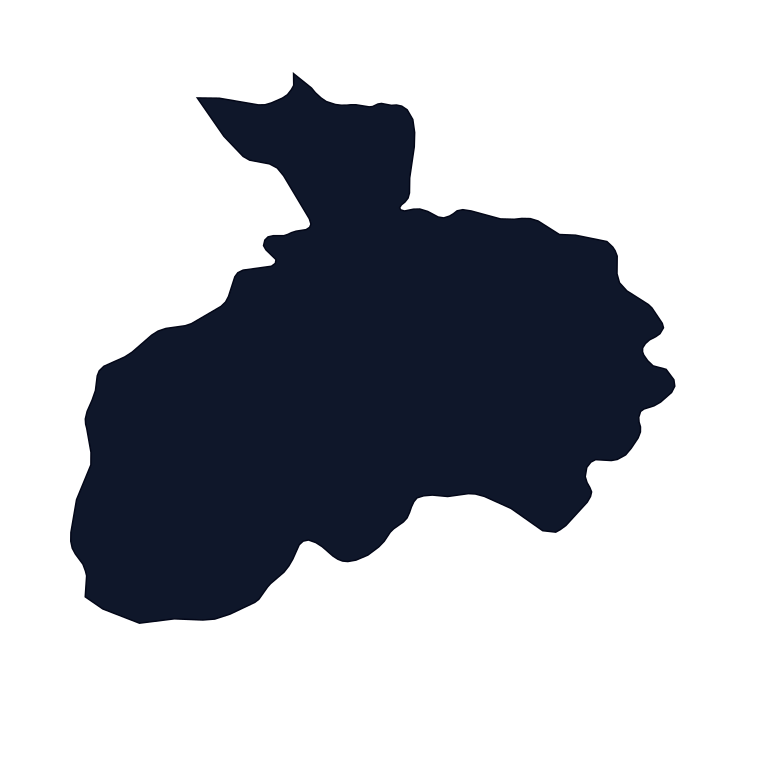 SVG path tracing the border of Mures, rotated 192°
{"feature_id": "ROU-299", "entity_name": "Mures", "entity_type": "County", "adm_level": 1, "iso_a3": "ROU", "parent_name": "Romania", "parent_adm1": "", "projection": "natural_earth1", "projection_center": [24.648, 46.583], "detail": "fine", "context": "isolated", "style": "filled", "palette": "ink", "viewbox_px": 768, "rotation_deg": 192, "n_neighbors": 0, "source": "natural_earth", "source_scale": "10m", "svg_char_len": 2593}
<svg xmlns="http://www.w3.org/2000/svg" viewBox="0 0 768 768"><g transform="rotate(192 384 384)"><path d="M111.1,457.0L101.3,448.4L99.1,442.3L100.9,435.6L109.6,423.9L115.3,418.8L124.5,413.6L127.3,410.5L127.9,404.4L126.6,399.8L124.2,395.4L123.2,390.4L124.2,384.1L128.8,372.6L132.9,364.9L140.1,358.7L145.7,356.4L161.3,354.0L165.4,350.6L168.3,344.6L167.9,335.2L164.9,329.8L161.1,325.5L158.5,321.6L158.6,316.9L160.6,310.7L176.6,283.5L181.3,278.2L185.2,274.8L198.3,273.5L233.9,288.7L262.4,294.9L271.8,295.4L278.7,294.3L298.3,287.2L313.6,285.4L321.9,282.9L328.0,279.5L330.3,275.1L331.6,269.5L332.3,263.7L333.6,257.8L336.3,253.2L344.5,244.3L347.1,240.3L351.1,230.2L355.3,223.5L364.2,213.3L374.8,205.9L382.5,202.8L387.8,202.2L392.7,203.0L398.0,205.0L410.6,212.0L417.7,214.7L425.4,215.7L430.4,213.5L433.5,209.1L436.8,193.7L439.3,186.1L442.7,179.2L453.5,165.1L455.7,161.2L461.6,147.5L464.9,143.6L486.6,127.0L500.6,118.9L512.1,115.5L540.3,110.7L573.5,99.2L612.3,105.5L632.0,113.7L635.0,134.6L637.2,139.1L641.0,145.1L650.6,153.6L654.8,158.6L657.7,165.1L659.4,173.8L660.7,207.0L653.9,244.0L656.4,256.2L665.6,278.9L667.5,282.7L668.9,287.7L668.7,295.5L666.2,307.4L664.9,317.6L666.2,332.4L665.3,337.7L661.7,343.1L643.2,356.6L637.0,362.8L621.4,383.5L616.0,388.8L608.9,393.0L590.5,399.7L584.9,403.0L559.5,426.1L556.0,431.3L554.3,437.3L552.2,457.9L550.1,462.5L545.5,466.1L518.6,475.8L515.4,479.4L515.5,483.2L527.4,490.7L530.6,494.3L530.5,500.0L528.0,503.8L523.0,506.1L512.7,508.3L509.1,510.4L506.0,512.8L501.8,515.2L492.3,518.8L489.3,521.8L488.7,525.2L491.4,530.1L525.5,566.8L533.4,573.1L541.8,575.5L561.9,575.0L569.1,577.3L592.1,593.0L626.1,625.0L604.5,629.3L564.8,630.9L558.4,632.4L552.5,635.6L542.9,642.5L538.6,646.9L535.8,652.7L534.4,657.3L537.0,668.8L516.4,658.4L511.8,654.7L505.0,650.7L499.2,648.3L489.6,647.3L483.8,647.8L478.1,649.1L474.4,650.3L469.6,651.3L456.1,652.0L452.9,653.0L448.2,656.6L444.8,657.9L434.7,658.1L429.8,659.5L424.4,659.5L418.3,657.0L410.8,648.7L406.3,636.4L403.7,622.3L401.7,590.9L398.8,576.2L399.1,570.9L401.3,566.4L404.3,562.7L405.4,559.5L403.8,557.8L399.9,557.5L391.6,561.1L385.3,562.6L377.1,561.9L365.7,558.6L360.1,558.9L354.8,561.9L351.5,565.0L348.5,568.6L343.2,570.9L334.6,571.4L304.4,569.7L290.9,572.2L283.6,574.6L275.3,576.2L267.2,575.5L243.5,566.7L227.6,569.4L195.6,569.7L188.7,565.5L185.7,562.5L182.5,557.6L179.0,540.3L174.7,532.0L165.8,525.6L141.9,516.7L137.7,514.1L124.4,501.2L122.3,497.1L124.5,490.6L128.0,486.8L133.4,482.4L136.7,477.9L138.5,473.1L137.8,469.3L136.0,466.4L131.0,461.7L124.6,457.7L111.1,457.0Z" fill="#0f172a" stroke="#020617" stroke-width="1.5"/></g></svg>